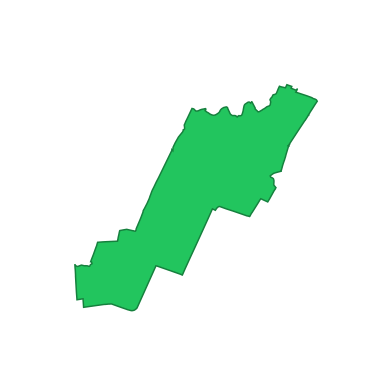 Ganeasa, Ilfov, Romania, rotated 149°
{"feature_id": "2599482B87656672806771", "entity_name": "Ganeasa", "entity_type": "district", "adm_level": 2, "iso_a3": "ROU", "parent_name": "Romania", "parent_adm1": "Ilfov", "projection": "natural_earth1", "projection_center": [26.324, 44.507], "detail": "fine", "context": "isolated", "style": "filled", "palette": "green", "viewbox_px": 384, "rotation_deg": 149, "n_neighbors": 0, "source": "geoboundaries", "source_scale": "gbopen_adm2", "svg_char_len": 5703}
<svg xmlns="http://www.w3.org/2000/svg" viewBox="0 0 384 384"><g transform="rotate(149 192 192)"><path d="M346.1,158.9L345.7,158.7L340.4,156.6L344.3,149.0L325.7,141.1L324.7,140.6L323.8,140.1L321.4,139.0L320.0,138.2L319.1,137.8L318.9,137.7L318.5,137.3L311.7,129.0L308.7,125.4L307.8,124.3L305.2,121.6L304.2,121.0L302.7,120.5L301.9,120.4L300.8,120.5L300.0,120.6L299.3,120.7L298.3,121.3L260.9,147.3L260.0,146.4L252.4,137.3L243.3,126.3L243.2,126.3L243.4,126.2L243.1,125.8L242.9,125.9L237.4,129.8L226.3,137.4L218.2,142.9L210.0,148.5L191.1,161.5L183.2,167.0L182.9,166.6L181.6,164.6L181.4,164.3L179.1,165.4L176.8,165.8L175.7,165.3L171.4,160.0L167.3,155.3L167.1,155.1L160.8,147.6L157.0,143.0L156.9,142.9L156.7,142.8L156.3,142.6L155.4,141.4L155.2,141.3L154.9,141.4L151.9,143.2L151.7,143.2L150.6,143.7L141.1,148.5L137.7,150.3L136.5,150.8L132.2,144.5L129.5,145.9L129.3,146.0L126.2,147.8L121.0,150.8L120.1,151.2L119.4,151.5L119.5,151.6L117.8,152.5L117.9,153.1L118.2,155.1L118.3,155.2L118.2,155.8L118.1,156.1L117.9,156.5L117.6,157.0L117.0,157.8L116.8,158.2L116.5,158.6L116.1,159.2L115.8,159.8L115.5,160.9L115.4,161.5L115.5,161.8L115.8,162.6L116.0,162.9L116.4,163.5L116.9,164.2L116.8,164.8L116.6,165.6L113.3,165.9L112.2,165.9L111.3,165.7L109.4,165.2L108.3,164.9L104.9,163.9L104.8,164.2L104.7,164.1L104.5,164.4L103.6,165.2L100.6,168.1L99.6,169.0L97.4,170.9L96.6,171.5L95.4,172.6L93.8,174.0L92.1,175.7L87.7,179.7L86.2,181.1L85.7,181.5L85.2,181.8L85.3,181.8L85.1,181.6L85.0,181.8L85.3,182.2L85.2,182.2L85.2,182.3L84.7,182.5L69.0,190.1L58.7,195.0L58.2,195.1L52.8,197.8L52.5,197.9L52.4,197.9L52.5,198.1L50.2,199.2L50.4,199.2L49.4,199.7L46.7,201.0L41.3,203.7L37.9,205.3L37.9,205.8L37.9,206.1L37.9,206.7L38.1,207.3L38.7,208.3L39.9,209.6L40.7,211.2L44.0,215.3L51.6,224.1L51.2,224.3L50.7,224.6L49.6,225.3L48.8,225.9L48.8,226.0L49.2,226.1L49.9,225.9L50.5,225.8L53.6,229.9L53.0,230.4L52.1,231.1L55.4,235.1L58.2,233.2L59.9,234.8L61.3,236.1L62.6,237.6L64.7,236.2L67.1,234.4L68.9,233.1L69.5,232.9L70.0,232.9L70.5,233.0L71.2,233.1L71.4,233.2L72.2,233.5L72.6,233.5L73.1,233.2L74.2,232.4L74.7,232.2L75.1,232.1L75.8,231.9L77.3,231.2L77.6,230.9L77.8,230.2L77.9,229.3L78.2,228.7L78.3,228.4L78.8,228.0L79.2,227.5L79.6,226.9L80.4,226.3L81.1,226.1L81.9,226.1L82.7,226.3L83.9,226.5L84.4,226.5L84.8,226.4L86.0,226.3L86.9,226.2L88.8,226.3L89.4,226.2L90.2,226.2L91.8,226.2L92.3,226.2L92.9,226.3L93.1,226.3L93.4,226.4L93.9,226.6L94.2,226.9L94.3,227.7L94.4,228.2L94.7,229.0L94.8,229.6L94.8,229.9L95.0,230.3L95.1,230.8L94.6,231.5L94.2,238.4L94.4,238.6L95.0,238.4L95.8,238.2L96.0,238.0L96.4,239.2L96.5,239.5L97.1,239.9L97.7,240.1L98.0,240.1L98.6,240.1L98.9,240.1L99.3,240.0L99.6,240.0L100.4,240.0L100.8,240.0L101.4,239.9L101.8,239.8L102.1,239.6L102.4,239.5L102.8,239.2L103.3,238.7L103.9,238.1L104.9,237.0L105.4,236.4L106.1,235.6L106.3,235.3L106.7,234.9L107.0,234.6L107.5,234.2L107.8,233.9L108.7,233.1L109.3,232.6L109.9,232.3L110.3,232.2L110.5,232.3L110.9,232.3L111.4,232.5L111.8,232.7L112.1,232.9L112.3,233.1L112.4,233.3L112.5,233.3L112.8,233.3L113.0,233.3L113.9,233.1L114.3,233.0L114.5,233.0L114.8,233.3L114.7,233.9L114.8,234.0L115.0,234.2L115.4,234.8L115.5,235.1L115.9,235.5L116.1,235.6L117.7,236.5L118.1,236.9L118.5,237.7L118.8,238.3L118.9,238.7L119.0,239.8L118.8,240.9L118.8,241.0L118.7,241.7L118.6,242.9L118.5,243.6L118.4,244.8L118.1,246.0L118.4,246.9L118.8,247.3L121.4,248.1L122.2,248.1L123.2,248.1L124.1,248.0L125.1,247.7L126.0,247.3L126.2,247.1L127.6,246.3L128.0,246.2L128.8,246.1L129.6,246.0L130.6,246.0L131.7,246.0L132.7,246.1L132.9,246.2L133.3,246.4L133.8,246.6L134.3,246.8L134.6,247.2L135.1,247.7L135.4,248.1L135.9,248.7L136.0,249.0L136.4,249.5L136.7,250.1L136.9,250.7L137.2,251.4L137.6,252.1L138.2,253.1L138.5,253.9L138.8,254.8L138.6,254.8L138.4,254.9L138.1,255.6L137.4,255.9L137.6,256.6L138.2,256.8L138.9,257.0L141.0,257.8L142.7,258.2L145.0,258.4L146.3,259.0L147.1,259.6L147.5,261.7L147.7,262.2L148.2,262.9L148.9,263.5L149.0,263.6L158.0,257.6L159.7,256.5L161.0,255.7L162.9,254.2L163.9,253.6L164.1,253.4L164.3,253.1L164.5,252.6L164.8,251.9L165.0,251.5L165.1,251.2L166.0,249.8L166.8,249.7L167.2,249.8L167.3,249.8L167.5,249.8L167.6,249.4L167.8,249.4L168.6,248.6L169.9,248.0L170.1,248.0L175.3,246.1L180.4,243.2L181.1,242.8L185.2,240.1L187.2,237.3L187.5,238.6L187.9,238.0L213.3,221.5L217.4,219.0L222.2,215.8L225.1,214.0L225.5,213.7L226.7,212.8L228.5,211.3L230.3,209.9L231.2,209.1L231.9,208.5L232.6,208.0L236.3,205.4L241.5,202.2L242.8,201.5L243.2,201.2L243.6,201.0L243.9,200.6L244.1,200.3L244.3,200.1L244.6,199.8L246.8,198.1L248.8,196.5L249.6,195.9L250.8,195.0L251.9,194.2L255.1,191.9L255.7,191.4L257.2,190.4L258.5,189.4L258.8,189.2L259.0,188.9L259.3,188.6L259.6,188.2L260.3,187.8L260.5,187.7L260.8,187.6L261.2,187.9L262.7,189.4L263.3,189.8L263.7,190.3L265.1,191.6L265.9,192.4L266.6,193.0L266.9,193.4L267.4,193.7L267.8,193.9L268.2,194.0L268.9,194.3L269.9,194.7L270.5,194.9L271.2,195.2L272.1,195.5L273.3,196.0L273.6,196.1L273.8,196.1L274.1,195.9L275.9,194.0L276.4,193.4L277.1,192.7L278.7,191.0L279.3,190.3L279.8,189.7L280.8,188.7L280.7,188.7L281.2,188.2L290.8,193.4L294.6,195.4L298.8,197.5L299.8,196.6L300.5,196.0L300.9,195.5L303.7,193.3L308.8,189.1L309.6,188.5L312.7,186.1L314.8,184.4L314.1,183.8L314.4,182.8L314.7,182.0L315.7,182.0L316.4,182.0L316.8,181.8L317.7,181.2L318.2,181.1L318.8,181.5L319.4,182.3L320.1,182.9L320.8,183.3L321.1,183.6L321.6,183.7L322.1,184.1L323.1,185.0L324.1,186.0L324.7,186.4L325.7,186.5L326.4,186.7L326.9,186.8L327.6,186.8L328.5,187.2L328.7,187.3L329.0,187.6L329.3,188.1L329.5,188.6L329.7,189.3L329.7,190.0L329.6,190.5L330.5,188.7L331.4,187.0L332.1,185.5L333.2,183.4L334.7,180.6L335.2,179.8L342.9,165.2L343.4,164.2L344.6,161.8L345.5,160.0L346.1,158.9Z" fill="#22c55e" stroke="#15803d" stroke-width="1.5"/></g></svg>